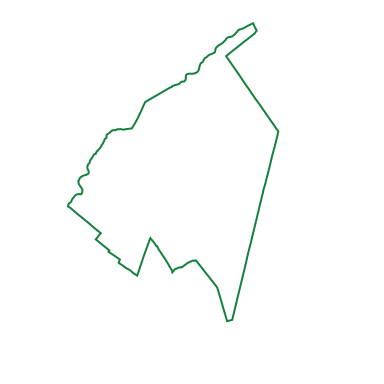 Aricestii Rahtivani, Prahova, Romania (Natural Earth projection), rotated 68°
{"feature_id": "2599482B50315286970944", "entity_name": "Aricestii Rahtivani", "entity_type": "district", "adm_level": 2, "iso_a3": "ROU", "parent_name": "Romania", "parent_adm1": "Prahova", "projection": "natural_earth1", "projection_center": [25.877, 44.949], "detail": "fine", "context": "isolated", "style": "outline", "palette": "green", "viewbox_px": 384, "rotation_deg": 68, "n_neighbors": 0, "source": "geoboundaries", "source_scale": "gbopen_adm2", "svg_char_len": 5900}
<svg xmlns="http://www.w3.org/2000/svg" viewBox="0 0 384 384"><g transform="rotate(68 192 192)"><path d="M159.0,312.4L160.9,310.9L171.2,305.5L172.6,304.7L177.2,302.1L179.2,301.1L179.4,300.9L180.3,300.4L182.0,299.5L184.1,298.4L185.0,298.0L187.8,296.5L188.0,296.5L191.4,294.6L196.0,292.0L196.3,292.4L196.9,293.7L197.1,294.1L197.5,294.8L198.4,296.2L199.1,297.7L199.7,298.7L199.8,298.9L199.9,299.0L202.3,297.6L203.1,297.2L204.3,296.6L205.6,295.8L207.5,294.8L211.0,292.8L213.4,291.5L214.3,291.0L215.2,290.5L215.7,291.2L216.2,291.8L220.5,288.8L224.6,286.1L227.5,284.1L228.7,285.3L229.3,285.8L230.2,286.5L234.6,283.6L235.3,283.2L238.9,280.8L239.4,280.4L239.9,279.9L240.1,279.6L240.6,279.2L240.9,279.0L241.1,278.9L241.8,278.5L243.5,277.6L244.8,277.0L245.8,276.5L245.9,276.4L246.8,275.7L247.2,275.4L249.0,274.2L247.8,273.1L246.1,271.6L243.7,269.6L242.3,268.4L241.4,267.6L239.6,266.1L235.6,262.7L233.3,260.7L231.9,259.5L230.2,257.9L226.6,254.7L223.5,251.9L221.3,249.9L219.9,248.6L219.2,247.9L222.9,246.7L224.2,246.3L225.2,246.1L227.5,245.5L228.5,245.4L228.8,245.2L229.0,245.1L229.1,244.8L229.1,244.7L229.7,244.6L232.8,244.4L233.5,244.3L234.0,244.2L234.4,244.1L234.7,244.0L235.0,243.9L238.1,243.3L243.7,242.1L250.9,240.9L254.2,240.5L257.1,240.0L257.7,239.9L257.9,240.0L258.2,240.0L258.9,240.3L258.9,240.0L259.0,240.0L258.7,239.5L258.1,238.5L257.6,237.8L257.4,237.4L257.4,237.2L257.1,236.7L257.1,236.4L257.1,236.1L257.2,235.3L257.3,234.9L257.1,233.1L257.1,232.9L257.2,232.2L257.3,231.4L257.3,231.2L257.5,231.1L257.7,230.9L257.8,230.5L257.9,230.1L258.0,229.8L258.0,229.5L257.9,229.1L257.9,228.9L257.6,228.1L257.5,227.9L257.4,227.3L257.2,226.9L257.1,226.6L257.1,226.4L256.9,225.5L256.9,225.2L256.4,223.7L256.2,222.4L256.2,222.0L256.1,221.7L256.0,221.2L256.0,220.5L255.9,220.2L256.0,219.5L256.0,219.0L256.0,218.8L255.9,218.3L255.9,217.8L255.9,217.7L255.9,217.4L256.1,217.0L256.2,216.8L256.2,216.1L256.3,216.0L256.8,215.2L256.8,214.7L256.8,214.3L256.8,214.0L273.0,209.3L275.6,208.5L279.9,207.3L284.4,205.9L285.7,205.6L288.8,204.7L289.7,204.5L290.0,204.5L290.7,204.5L291.5,204.5L294.4,204.8L295.5,204.9L298.4,205.2L305.9,205.9L308.4,206.2L313.4,206.7L323.8,207.7L323.9,207.8L324.9,207.9L325.6,202.6L286.6,174.7L276.2,167.3L271.7,164.3L264.2,158.8L260.6,156.1L256.2,153.0L255.1,152.2L252.2,150.2L250.2,148.7L246.8,146.3L240.3,141.6L237.1,139.4L235.3,138.0L233.3,136.6L231.5,135.4L225.3,130.9L218.2,125.8L217.3,125.3L216.0,124.3L215.8,124.2L215.5,124.0L215.2,123.7L214.4,123.0L213.9,122.7L213.5,122.3L213.2,122.1L212.7,121.7L212.4,121.4L212.2,121.3L211.8,120.9L211.6,120.8L210.8,120.2L210.4,120.0L210.0,119.7L209.3,119.2L205.3,116.2L205.0,116.0L204.3,115.5L204.0,115.3L201.1,113.1L196.2,109.6L192.7,107.1L189.0,104.5L184.4,101.0L184.0,100.7L182.9,99.9L181.9,99.1L176.9,95.4L174.5,93.7L172.8,92.4L169.0,89.9L168.2,89.3L149.6,93.5L134.6,96.9L129.3,98.3L125.1,99.2L121.9,99.9L118.5,100.6L113.3,101.9L109.6,102.7L106.0,103.4L100.3,104.6L78.8,109.5L78.5,108.5L78.3,107.7L76.9,103.4L75.2,97.5L74.1,93.8L73.2,90.8L72.1,87.3L72.1,87.0L71.0,83.1L69.0,76.3L68.6,74.8L68.4,74.4L67.1,72.4L66.7,71.6L65.8,71.7L65.1,71.7L64.9,71.7L64.9,71.8L58.4,72.2L58.9,78.5L59.5,83.3L59.1,87.1L59.1,87.3L59.1,87.5L59.4,88.5L59.5,89.0L59.9,89.6L60.4,90.2L61.1,91.7L61.9,93.5L62.3,94.7L62.6,95.8L62.7,97.0L62.7,97.6L62.4,98.8L62.1,100.4L62.4,102.1L62.7,102.8L63.2,103.4L63.7,104.1L64.3,105.4L65.2,107.8L65.4,108.2L65.5,109.1L65.8,110.3L66.0,111.3L66.0,112.7L66.5,113.8L67.1,115.3L67.8,116.2L68.7,116.9L70.9,118.3L71.2,119.0L71.3,120.3L71.4,122.0L71.3,124.3L71.4,125.2L71.8,126.4L72.2,127.3L72.5,128.4L72.6,129.9L73.5,131.0L74.0,131.8L75.5,133.5L75.6,134.1L75.9,135.7L76.4,136.2L78.0,137.7L78.9,138.3L79.9,138.9L81.8,140.5L82.3,141.3L82.6,141.9L82.8,142.5L83.0,143.3L82.9,145.4L82.9,145.7L82.8,146.2L82.5,147.4L82.3,148.0L81.6,149.3L81.2,150.4L81.1,150.8L81.0,151.6L80.9,152.3L81.0,152.9L81.1,153.3L81.4,153.6L81.8,154.0L82.3,154.4L83.0,154.7L83.5,154.7L84.4,155.2L85.4,155.9L85.9,156.4L86.1,156.8L86.6,157.8L86.5,158.3L86.2,159.0L86.0,159.6L86.0,160.4L86.0,160.9L86.2,161.8L86.8,163.2L87.0,163.6L87.0,164.2L86.8,165.1L86.8,165.9L86.5,167.7L86.6,168.8L86.5,169.3L86.4,169.8L86.4,170.2L86.5,170.8L86.7,171.2L87.0,171.4L87.1,171.6L87.0,172.1L86.9,172.4L87.4,176.2L89.5,191.0L91.0,201.6L93.9,204.8L96.5,207.4L103.2,214.6L106.2,218.2L110.5,223.9L109.6,227.3L108.9,230.1L108.8,230.8L108.7,231.4L108.4,232.4L107.9,233.3L107.7,233.7L107.2,234.3L106.7,234.8L106.6,235.4L106.5,236.1L106.3,236.8L105.8,237.9L105.8,238.3L105.9,238.8L106.1,239.2L106.1,239.7L105.3,241.4L105.1,242.2L105.1,242.9L105.2,243.6L105.4,244.1L105.7,244.8L106.2,246.2L106.5,247.6L106.8,249.1L107.0,249.6L107.4,250.0L108.5,250.4L109.5,250.9L109.9,251.3L110.0,252.5L110.3,253.2L110.6,253.5L111.3,253.8L111.7,254.3L112.7,255.5L113.3,256.1L113.8,256.7L114.2,257.4L114.7,258.1L116.5,260.2L118.0,263.2L118.5,264.0L118.7,265.1L119.1,265.5L119.5,266.0L120.4,266.8L120.6,267.0L120.5,267.8L120.4,268.4L120.7,269.4L121.2,269.8L122.1,270.9L123.2,272.4L124.5,274.5L124.9,275.0L125.3,275.3L125.9,275.5L126.4,275.8L126.7,276.0L127.1,277.3L127.4,277.8L128.2,278.7L129.4,279.5L130.6,280.1L134.3,280.1L135.6,280.7L136.0,281.0L136.3,281.4L136.4,281.9L136.4,282.1L136.3,282.5L136.3,282.8L136.3,283.1L136.4,283.3L136.5,283.7L136.3,284.5L136.2,285.6L136.2,286.0L136.2,286.6L136.2,287.7L136.3,288.1L136.4,288.9L136.6,289.7L136.9,290.4L137.2,290.8L137.7,291.4L138.7,292.5L139.4,293.2L139.9,293.5L140.5,293.6L141.8,293.9L143.0,293.8L143.6,293.7L145.5,293.2L146.3,293.1L147.5,292.8L147.9,292.8L148.3,292.8L148.5,292.8L148.9,292.9L149.5,293.0L150.3,293.4L150.7,293.6L151.2,294.1L151.7,294.4L152.2,295.0L152.4,295.3L152.5,295.6L152.2,296.3L152.0,296.8L151.7,297.2L151.4,298.1L151.3,298.6L151.2,299.0L151.2,300.3L151.2,300.7L151.3,301.4L152.0,302.5L153.4,305.0L153.9,305.9L155.7,307.7L156.3,308.8L156.3,309.4L156.5,310.3L156.9,310.8L157.6,311.5L159.0,312.4Z" fill="none" stroke="#15803d" stroke-width="2"/></g></svg>